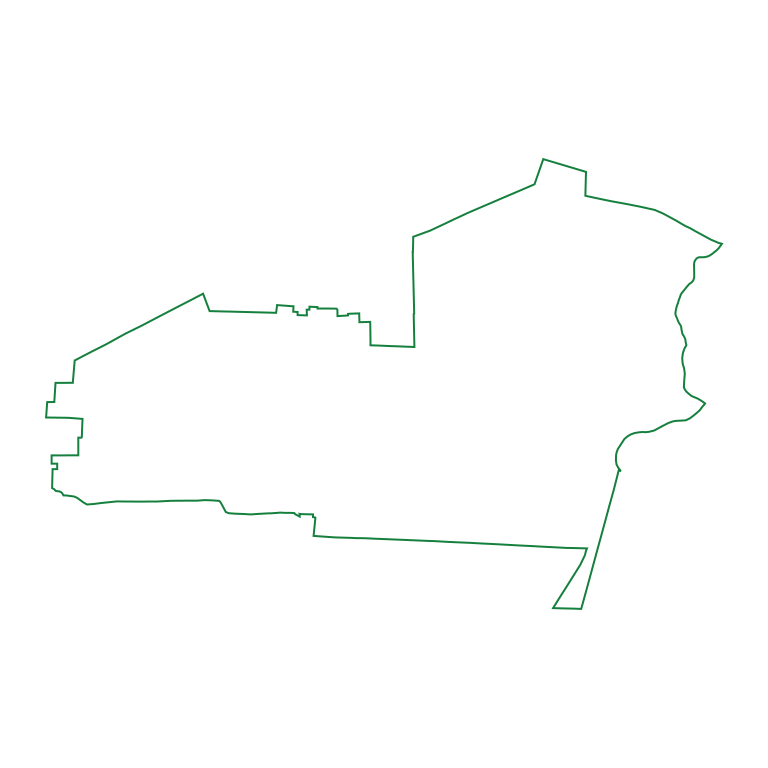 San Antonio la Isla, México, Mexico
{"feature_id": "50627088B34569290004520", "entity_name": "San Antonio la Isla", "entity_type": "district", "adm_level": 2, "iso_a3": "MEX", "parent_name": "Mexico", "parent_adm1": "México", "projection": "mercator", "projection_center": [-99.55, 19.169], "detail": "fine", "context": "isolated", "style": "outline", "palette": "green", "viewbox_px": 768, "rotation_deg": 0, "n_neighbors": 0, "source": "geoboundaries", "source_scale": "gbopen_adm2", "svg_char_len": 4076}
<svg xmlns="http://www.w3.org/2000/svg" viewBox="0 0 768 768"><path d="M705.1,403.5L703.1,402.0L700.6,400.3L697.5,398.5L691.7,396.1L688.2,393.3L686.5,391.7L685.1,389.9L683.9,387.5L684.0,385.1L684.3,379.5L684.8,373.8L684.1,368.4L682.7,363.8L682.2,358.0L683.0,352.7L684.4,348.7L686.4,345.1L685.9,343.3L685.4,340.1L685.3,339.1L684.1,336.6L682.4,333.8L681.5,329.6L681.2,327.0L680.7,325.6L678.9,322.8L677.7,320.2L677.3,318.9L676.5,317.2L675.7,315.3L675.4,313.5L675.6,311.7L675.9,309.8L676.3,308.1L676.8,306.3L677.3,304.7L678.0,303.1L678.7,300.3L679.8,297.6L680.6,295.1L681.6,293.2L683.8,290.6L686.7,286.9L689.3,284.0L691.7,282.3L693.3,280.4L694.2,277.6L694.2,273.7L694.2,272.0L694.1,267.4L694.0,266.1L694.1,263.7L694.5,261.5L695.5,259.8L696.4,258.7L697.2,258.0L698.0,257.6L699.1,257.3L700.2,257.2L701.4,257.3L704.3,257.2L706.7,256.7L708.3,256.2L710.1,255.3L711.4,254.4L713.1,253.2L713.7,252.6L716.2,250.7L718.5,248.5L721.9,243.8L720.1,243.3L718.5,242.9L715.8,241.7L710.8,239.6L696.1,231.6L690.5,228.4L685.0,225.8L674.5,219.7L662.6,213.3L654.6,209.9L640.2,206.7L628.1,204.3L619.4,202.7L610.6,201.1L598.1,198.5L585.4,195.8L585.4,194.5L586.0,171.9L544.1,159.4L543.3,159.1L534.5,184.3L532.6,185.1L518.2,191.3L503.7,197.5L489.3,203.7L474.8,209.9L467.6,213.0L460.1,216.5L452.6,220.0L445.1,223.6L430.2,230.6L421.7,233.7L413.2,236.8L413.2,238.0L413.1,244.0L412.9,252.2L412.7,252.2L414.2,313.7L413.7,314.1L414.4,347.0L396.9,346.3L388.2,346.0L379.5,345.6L370.5,345.3L370.5,342.3L370.5,339.0L370.4,335.7L370.4,332.9L370.3,328.1L370.3,327.0L370.2,321.9L359.4,322.2L359.4,320.9L359.2,313.4L355.7,313.5L353.4,313.6L350.4,313.7L348.0,313.9L348.0,315.4L347.5,315.5L337.5,316.1L337.4,310.4L337.4,309.7L336.5,308.7L333.9,308.6L331.5,308.6L326.6,308.5L323.3,308.5L319.7,308.5L317.5,308.5L317.5,307.1L312.1,306.8L309.5,306.7L309.4,309.7L308.9,309.7L306.7,309.7L306.9,315.4L297.6,315.1L297.6,312.0L293.2,311.7L293.5,306.3L277.1,305.1L276.3,311.4L276.1,312.8L275.7,312.8L268.3,312.6L256.8,312.3L245.2,312.0L233.8,311.7L230.7,311.6L225.4,311.5L209.6,311.1L203.1,293.7L187.5,301.8L180.9,305.2L169.9,310.9L157.2,317.5L149.8,321.4L141.6,325.7L126.1,333.3L117.7,337.9L105.8,344.5L91.9,351.5L83.8,355.7L74.7,360.5L72.8,382.8L55.5,382.9L54.3,402.0L47.2,402.1L46.1,417.5L68.3,417.8L82.5,418.9L81.8,437.2L81.4,437.7L78.3,437.7L78.3,455.3L73.2,455.3L62.5,455.4L51.6,455.4L51.6,463.7L57.2,463.7L57.2,469.1L52.6,469.1L52.1,488.1L54.0,489.1L55.9,491.0L59.4,491.4L61.4,492.4L62.6,493.8L63.4,495.4L66.7,495.5L70.1,496.0L74.1,496.5L77.1,497.8L83.4,502.4L87.0,504.5L93.6,504.0L101.4,503.0L116.0,501.5L117.3,501.4L123.7,501.5L139.1,501.6L157.5,501.5L170.9,500.8L183.3,500.7L196.7,500.7L200.7,500.4L204.9,500.1L212.9,500.4L219.3,500.9L220.7,502.5L223.5,507.7L225.8,512.0L228.8,513.2L235.4,513.7L240.8,513.9L243.6,514.0L245.6,514.1L248.6,514.3L251.7,514.4L255.1,514.1L258.5,513.9L269.1,513.3L271.2,513.3L274.1,513.1L277.1,512.9L280.2,512.6L283.3,512.8L287.0,512.9L291.2,512.9L294.4,513.1L295.2,514.2L299.7,516.6L299.7,514.2L299.6,513.9L300.8,514.1L313.0,514.4L313.0,517.1L314.1,517.3L315.0,517.4L315.4,517.7L313.6,535.9L321.9,536.5L335.0,537.4L351.9,537.9L355.2,538.1L364.4,538.2L374.7,538.7L387.4,539.2L396.8,539.6L407.3,540.0L410.7,540.2L414.0,540.3L427.6,540.9L430.1,541.0L434.1,541.1L448.1,541.9L459.5,542.4L471.4,542.9L474.6,543.1L484.0,543.6L496.5,544.2L509.0,544.9L519.9,545.5L532.4,546.1L544.8,546.8L554.8,547.3L565.9,547.9L576.0,548.1L587.0,548.4L586.0,550.8L585.0,555.0L580.3,564.8L572.7,576.9L566.5,586.8L560.7,595.9L553.2,607.9L553.1,608.1L563.0,608.4L572.7,608.6L581.2,608.9L586.3,590.5L590.1,576.5L595.1,558.1L597.7,548.5L601.2,535.8L606.7,515.6L609.6,504.8L613.9,489.4L618.7,470.4L620.2,470.9L620.4,470.4L618.4,468.0L616.5,464.4L615.9,460.0L616.1,454.9L616.7,452.1L617.8,449.1L624.4,439.0L627.2,436.6L630.6,434.5L634.4,433.1L638.9,432.3L642.8,432.0L645.4,432.2L649.1,431.8L654.2,430.5L662.7,425.9L668.4,423.0L672.2,421.6L675.6,420.9L679.3,420.7L683.0,420.5L685.9,420.3L690.1,418.2L693.5,415.6L696.7,413.0L699.9,410.1L702.2,406.9L704.9,403.8L705.1,403.5Z" fill="none" stroke="#15803d" stroke-width="2"/></svg>